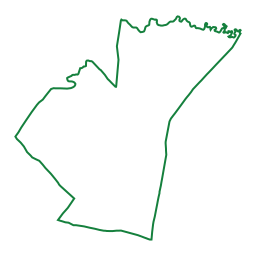 outline of Kong Pisei, Kâmpóng Spœ, Cambodia
{"feature_id": "14789045B51909303537300", "entity_name": "Kong Pisei", "entity_type": "district", "adm_level": 2, "iso_a3": "KHM", "parent_name": "Cambodia", "parent_adm1": "Kâmpóng Spœ", "projection": "orthographic", "projection_center": [104.699, 11.314], "detail": "fine", "context": "isolated", "style": "outline", "palette": "green", "viewbox_px": 256, "rotation_deg": 0, "n_neighbors": 0, "source": "geoboundaries", "source_scale": "gbopen_adm2", "svg_char_len": 4963}
<svg xmlns="http://www.w3.org/2000/svg" viewBox="0 0 256 256"><path d="M151.5,239.5L152.2,231.7L153.1,224.2L153.5,221.8L154.8,216.5L156.2,209.2L157.2,204.1L157.9,200.4L158.6,196.9L159.5,193.1L159.5,191.9L160.9,185.4L161.3,182.9L161.8,180.2L162.3,177.5L166.3,154.8L166.0,150.5L166.0,149.0L165.6,143.0L165.7,141.5L167.1,134.1L169.5,121.5L170.9,118.6L173.1,115.7L175.2,113.0L177.2,110.3L180.6,105.7L183.3,102.0L185.7,98.7L187.4,96.6L188.6,95.2L191.1,92.0L192.9,89.3L199.3,82.5L200.2,81.6L201.4,80.4L204.0,77.5L207.1,74.1L208.5,72.7L212.6,68.4L216.7,64.0L217.2,63.5L231.9,48.0L232.6,47.1L233.4,45.7L235.4,42.5L236.1,41.3L240.5,33.5L239.9,33.1L239.7,32.6L239.8,31.7L240.2,30.9L240.6,30.3L240.1,29.9L239.4,30.2L238.9,31.0L238.6,31.4L238.1,31.4L237.4,31.1L237.0,30.7L236.8,30.2L236.4,29.7L235.7,29.3L235.0,29.4L234.6,29.9L234.8,30.4L235.2,31.0L235.3,31.4L235.2,32.2L234.6,33.0L234.3,33.6L234.6,34.4L235.1,34.8L235.6,35.1L235.3,36.2L234.6,37.0L234.2,37.4L233.6,37.5L232.5,37.0L231.3,37.1L230.6,37.2L230.0,37.4L229.4,37.2L228.9,37.1L228.5,36.6L229.1,36.3L229.5,36.0L230.0,35.7L230.7,35.3L231.1,34.8L231.3,34.3L231.4,33.6L232.0,32.9L232.2,31.9L232.1,31.4L231.4,31.2L231.0,32.0L230.0,32.0L229.5,31.4L228.9,31.1L228.4,31.2L228.2,31.9L228.2,32.7L227.9,33.1L226.6,32.5L226.0,32.2L225.3,32.4L224.9,32.6L224.3,32.7L223.7,32.7L223.4,32.3L223.9,31.5L224.7,30.7L224.6,29.9L224.7,29.3L225.1,28.7L225.5,28.1L225.9,27.8L226.1,27.2L226.6,26.3L226.2,26.0L225.5,25.4L225.1,25.0L224.5,24.3L223.8,23.9L223.4,24.0L223.0,24.6L223.4,25.1L224.0,25.8L224.5,26.6L224.5,27.2L224.1,27.7L223.1,28.1L222.4,28.3L221.9,28.6L221.6,29.3L221.2,29.9L220.8,30.7L220.2,31.6L219.8,32.0L219.5,32.4L218.9,32.5L217.8,32.0L217.0,31.6L215.1,31.1L214.7,30.7L214.6,30.0L215.3,29.6L215.9,29.0L216.2,28.5L216.0,27.7L215.6,27.3L214.4,27.1L213.7,27.1L213.2,27.0L212.8,27.3L212.5,27.7L211.4,28.1L211.2,28.4L211.1,29.1L210.6,29.8L210.4,29.2L210.4,28.7L210.3,27.6L209.9,26.9L209.1,27.0L208.3,27.3L207.9,27.3L207.0,26.8L206.6,26.0L206.6,25.1L207.2,24.1L207.1,23.6L206.5,23.1L206.0,23.0L205.5,23.4L205.1,24.3L205.0,25.0L205.1,25.9L205.1,26.6L204.8,27.2L204.6,28.0L204.2,29.0L203.4,29.7L202.7,29.6L201.5,29.2L200.7,28.8L200.2,28.6L199.5,28.4L198.3,28.2L197.7,28.1L196.7,28.2L196.0,28.0L195.5,27.3L195.3,26.3L194.9,25.8L194.1,25.6L193.5,25.9L192.7,26.3L192.2,26.5L191.4,26.7L190.9,26.4L190.4,25.8L190.0,24.1L189.8,22.9L189.5,22.5L189.0,22.1L187.7,21.6L186.8,20.8L186.5,20.4L185.7,18.9L184.9,18.6L184.1,18.8L182.7,19.8L182.3,20.5L181.4,21.6L180.4,21.5L179.9,21.2L179.5,20.9L179.4,20.4L179.4,19.8L179.6,19.4L179.8,18.9L179.9,18.3L179.8,17.7L179.5,17.3L179.0,16.7L177.6,16.4L176.8,17.0L176.3,18.1L175.8,19.0L175.3,19.6L174.9,19.9L174.4,20.4L173.8,21.1L173.1,21.5L172.5,21.6L171.8,21.6L171.0,21.6L170.4,21.6L169.7,22.0L169.2,22.4L168.7,22.8L167.8,23.8L167.0,24.4L166.2,24.8L165.0,25.1L164.1,25.2L163.1,25.5L162.4,25.6L160.8,25.6L160.3,25.4L159.8,25.3L159.1,25.2L158.6,25.1L157.9,24.7L157.5,24.4L156.7,22.3L156.8,21.7L157.0,21.0L156.8,20.0L156.4,19.7L155.8,19.5L155.2,19.8L154.5,19.6L154.0,19.4L153.3,19.2L152.8,19.0L151.8,18.7L151.1,18.8L150.5,19.3L150.1,19.9L149.6,21.3L149.4,22.0L149.4,22.6L149.3,24.0L149.2,24.8L148.5,25.4L147.4,25.7L146.4,26.2L145.8,26.7L145.4,27.3L144.9,29.3L144.6,30.1L144.4,30.7L144.0,31.4L143.0,31.8L142.1,32.0L141.3,32.1L140.6,32.2L140.1,31.8L139.4,31.2L139.0,30.7L138.2,29.8L137.5,28.7L137.1,28.1L136.1,27.5L135.6,27.5L134.8,27.5L134.0,27.5L133.3,27.5L132.2,27.1L131.6,26.4L131.1,26.0L130.5,25.2L129.5,24.2L128.7,23.5L128.3,23.1L127.4,22.0L127.0,21.3L126.4,20.7L125.8,20.5L125.2,20.4L124.7,20.3L124.1,20.3L123.3,20.3L122.7,20.4L121.4,19.6L120.9,20.5L119.3,31.1L119.0,33.1L116.9,46.3L118.5,59.8L117.8,67.8L116.2,86.2L116.0,86.8L115.4,86.7L111.5,82.8L109.6,80.8L107.7,79.0L104.9,74.9L102.6,72.2L100.6,69.9L99.6,69.4L98.5,68.2L92.5,61.8L91.6,61.2L89.7,61.1L88.6,60.6L88.1,60.5L86.9,60.6L86.4,61.1L86.1,61.8L86.0,64.4L86.0,65.9L84.8,66.5L83.6,66.5L82.7,67.5L81.6,68.1L80.2,68.2L78.4,73.8L77.7,74.5L76.7,74.5L76.2,74.4L75.3,74.7L74.6,74.9L73.9,74.9L73.1,74.8L72.2,75.1L71.5,75.9L70.5,76.3L69.5,76.8L68.0,77.4L67.1,78.1L67.2,78.6L67.4,79.7L67.8,80.5L68.4,81.2L69.8,81.4L71.2,81.4L72.6,81.6L74.3,82.4L74.8,83.0L75.4,83.9L75.2,85.0L74.4,86.3L72.7,87.4L70.9,88.1L68.8,88.4L67.1,88.6L59.8,88.3L56.7,88.3L55.1,88.3L53.6,88.2L51.1,89.0L48.2,92.6L45.5,96.0L42.8,99.6L39.1,102.4L37.0,104.8L31.5,112.3L26.4,119.8L21.2,127.6L18.4,132.4L16.3,135.3L15.4,136.6L15.7,137.1L16.9,139.0L20.7,142.6L23.9,146.5L27.1,152.1L30.6,155.5L32.2,157.4L36.2,159.4L39.3,160.8L41.8,163.6L42.7,164.6L45.4,168.0L51.0,173.9L55.0,178.8L58.1,182.8L58.6,183.7L59.1,184.6L60.5,186.1L74.2,198.5L67.8,207.9L62.9,213.4L58.0,220.0L59.8,220.6L62.9,221.5L65.3,222.3L67.0,222.5L68.6,222.7L73.4,225.2L76.1,225.2L84.1,226.4L89.6,227.7L95.0,228.8L99.4,229.9L103.7,230.7L105.8,230.8L106.7,231.0L112.2,231.1L116.3,230.7L121.1,230.6L127.4,232.3L138.0,235.2L148.4,239.1L150.0,239.6L151.0,239.5L151.5,239.5Z" fill="none" stroke="#15803d" stroke-width="2"/></svg>